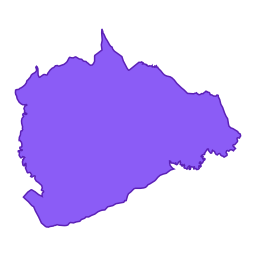 Phu Kradueng, Loei, Thailand (Natural Earth projection)
{"feature_id": "78962969B77049388444937", "entity_name": "Phu Kradueng", "entity_type": "district", "adm_level": 2, "iso_a3": "THA", "parent_name": "Thailand", "parent_adm1": "Loei", "projection": "natural_earth1", "projection_center": [101.891, 16.902], "detail": "fine", "context": "isolated", "style": "filled", "palette": "violet", "viewbox_px": 256, "rotation_deg": 0, "n_neighbors": 0, "source": "geoboundaries", "source_scale": "gbopen_adm2", "svg_char_len": 5740}
<svg xmlns="http://www.w3.org/2000/svg" viewBox="0 0 256 256"><path d="M217.4,154.9L218.4,153.8L219.6,153.5L220.4,154.3L220.7,155.1L222.0,156.0L222.9,156.1L223.8,157.0L224.2,157.1L227.0,155.4L227.1,154.0L226.2,153.0L226.0,152.5L226.7,150.7L227.4,150.5L228.8,151.2L230.0,150.0L231.0,149.7L231.9,149.9L233.5,150.8L234.3,149.5L235.5,148.6L234.1,146.9L233.8,147.0L232.9,145.8L232.9,145.4L233.3,144.8L234.0,144.6L234.4,144.8L234.9,144.5L237.4,141.7L237.6,140.8L237.0,138.9L237.3,137.9L237.8,137.7L239.4,138.1L239.8,137.5L240.0,136.7L240.5,136.3L240.6,135.5L240.2,134.0L238.7,133.1L238.1,132.5L237.8,131.6L232.9,128.6L230.7,127.8L229.0,126.1L228.5,124.3L227.6,118.7L226.1,116.4L224.6,113.1L222.6,107.4L220.8,104.2L219.7,99.6L218.3,96.8L218.2,95.4L217.1,95.0L216.7,95.2L215.9,96.2L213.5,96.0L211.8,94.9L210.3,94.7L209.8,93.3L209.2,92.5L207.7,92.1L207.3,92.2L207.1,91.6L206.0,91.2L205.7,91.3L204.8,92.3L204.2,92.6L203.0,93.7L201.5,93.6L200.3,94.5L199.2,94.7L198.5,94.6L197.8,93.9L197.4,93.9L196.5,92.8L195.9,93.2L195.1,93.2L193.6,93.8L187.5,93.4L184.0,89.9L181.3,87.7L176.8,83.4L174.3,80.1L172.0,77.9L170.1,76.8L166.6,76.0L164.5,75.0L163.0,73.6L160.7,70.7L158.1,68.2L157.9,67.4L157.5,67.2L157.0,67.3L156.7,66.5L156.6,66.8L156.3,66.4L156.2,66.7L155.4,67.0L155.4,66.5L155.0,66.8L154.9,66.4L155.1,66.2L154.8,66.0L154.1,67.0L153.6,66.8L152.8,67.0L152.3,66.9L152.4,66.6L152.2,65.8L152.0,66.2L151.6,65.9L149.5,66.0L149.2,65.8L148.8,66.2L148.4,66.3L146.8,65.4L146.8,64.7L146.4,64.6L146.2,64.8L145.9,64.4L145.6,64.5L145.2,64.2L143.8,63.8L142.7,63.9L143.2,62.9L142.3,62.3L141.5,62.0L141.4,62.4L138.9,62.3L129.4,70.0L128.5,70.2L127.1,68.3L123.3,61.0L121.9,56.6L114.4,51.2L112.7,49.1L112.1,47.1L110.8,46.4L109.6,44.9L107.2,40.6L105.6,38.1L103.9,34.2L103.0,33.1L102.8,31.5L101.9,28.9L101.7,33.0L102.2,40.4L101.3,44.8L102.0,50.0L94.8,55.4L94.6,56.2L94.6,61.3L93.4,63.7L92.1,65.0L90.6,65.3L89.2,64.4L87.9,63.1L87.0,62.6L86.0,61.5L83.4,61.1L81.7,59.3L79.3,59.0L75.8,56.9L75.1,57.0L73.2,57.9L71.1,57.7L69.8,57.3L69.1,57.9L67.2,61.5L66.2,62.6L64.1,64.3L59.1,66.1L58.2,66.0L57.3,65.5L55.4,65.8L53.7,67.6L52.3,68.1L50.2,70.0L47.6,73.6L47.5,74.5L47.2,74.8L46.4,75.0L44.8,74.5L43.5,74.6L39.7,77.3L39.0,77.0L38.1,74.8L37.9,68.8L37.2,67.0L36.5,66.3L35.8,67.2L36.6,69.9L36.5,70.5L36.0,71.5L34.9,72.6L32.5,74.0L31.4,75.0L30.0,77.7L29.2,78.3L28.4,79.5L27.1,80.5L26.7,81.3L26.4,82.8L24.9,84.9L23.2,86.4L21.2,87.8L20.1,88.2L18.7,89.4L16.6,89.6L15.6,90.1L15.4,92.6L15.7,94.4L16.5,95.8L17.2,98.8L19.2,102.2L20.9,103.7L22.6,104.7L25.3,104.8L26.3,104.5L26.6,104.6L26.8,105.1L26.7,105.3L25.7,105.5L24.8,106.3L23.9,108.6L24.7,110.7L24.5,111.9L25.7,113.1L26.7,113.5L26.7,114.1L26.3,114.4L25.2,114.4L24.8,114.1L24.5,113.5L24.1,113.3L23.1,113.8L22.7,114.9L23.6,116.4L22.0,118.5L21.5,120.9L21.7,123.4L22.6,126.7L22.4,128.5L22.7,129.5L22.0,130.8L21.2,130.8L20.7,131.8L20.4,135.0L19.3,137.3L19.4,138.3L19.1,139.0L19.1,140.2L19.2,140.6L20.2,140.5L20.5,141.2L21.3,142.1L21.7,143.2L21.9,144.6L21.8,146.7L21.3,147.0L20.1,147.1L19.8,147.7L19.8,148.1L20.3,149.3L22.0,149.7L22.3,150.0L22.1,150.4L21.7,150.6L20.6,150.4L19.7,150.8L18.6,150.7L18.2,151.0L18.3,151.8L19.1,151.9L19.5,152.5L19.1,155.2L19.6,156.2L20.7,157.8L21.8,157.7L22.6,156.6L24.2,157.0L24.7,157.4L23.8,158.2L23.7,159.0L23.4,159.6L23.1,159.6L22.7,159.1L22.9,160.2L22.4,161.8L22.9,165.0L23.6,165.7L24.4,165.8L24.7,164.3L25.5,163.4L25.9,163.5L26.0,166.8L25.4,167.9L27.3,172.5L27.7,172.8L29.9,172.4L30.3,172.7L31.7,175.0L31.5,175.3L30.9,175.8L30.6,176.4L31.6,177.0L32.1,177.0L34.1,175.8L35.1,176.1L35.2,176.5L34.9,177.5L34.9,178.8L36.2,181.0L38.4,182.5L41.7,185.5L42.3,188.0L41.4,190.0L42.2,190.7L43.2,190.8L43.6,191.4L43.5,192.1L42.6,192.8L42.2,193.5L42.0,195.6L42.2,196.4L38.7,194.7L35.1,191.8L33.4,190.8L31.7,189.8L31.1,189.8L27.8,192.1L23.4,197.1L25.1,198.8L28.4,201.7L31.0,204.7L32.2,205.9L33.6,206.6L35.5,211.1L38.6,216.8L41.4,222.9L45.4,226.4L46.4,226.9L48.7,227.1L49.5,226.6L53.3,226.0L54.2,225.5L55.7,225.3L57.0,224.6L59.1,225.2L64.3,225.6L66.1,225.5L67.8,225.0L69.2,223.3L70.4,222.5L73.5,222.9L76.3,221.9L79.8,221.3L81.4,219.5L84.6,218.3L86.0,216.9L88.7,216.9L91.5,215.4L94.8,214.1L97.9,211.8L100.1,210.8L102.0,210.2L104.9,209.9L107.7,206.8L112.8,205.6L115.9,203.7L123.6,202.3L124.2,201.7L124.7,200.6L125.8,200.8L126.2,200.5L127.6,195.5L128.5,193.7L130.6,192.1L133.9,188.8L135.3,188.3L140.4,188.3L143.7,187.9L145.6,187.3L146.9,186.1L148.1,184.6L149.8,183.9L154.6,180.9L155.7,179.9L157.8,177.3L160.1,175.3L163.4,174.0L166.2,173.3L170.6,170.0L173.9,169.0L172.5,168.2L170.2,165.5L169.7,163.6L169.6,161.0L170.5,161.3L171.3,163.0L173.7,163.2L174.5,163.7L175.7,163.0L175.9,163.4L175.8,164.3L176.8,164.7L177.7,163.9L178.6,162.1L179.2,162.0L179.8,161.2L180.2,161.1L180.6,162.7L180.1,164.1L180.2,164.4L180.9,164.8L182.1,164.5L182.2,164.8L181.8,165.8L182.1,166.1L182.8,165.8L184.1,164.6L184.6,165.4L184.0,167.1L184.1,167.6L184.4,168.1L186.2,168.4L186.8,169.1L187.4,168.9L188.0,167.0L189.2,165.9L189.7,165.9L190.0,166.6L189.1,168.8L189.4,169.4L190.3,169.3L190.8,167.4L191.4,166.7L193.2,167.2L194.4,166.9L194.5,167.2L193.7,168.4L193.8,168.9L196.0,168.5L196.5,169.5L198.0,169.4L199.2,168.5L198.8,167.2L198.9,165.9L199.7,165.8L199.9,166.8L200.3,167.0L201.1,166.2L200.6,164.1L199.3,163.2L199.5,162.4L200.1,161.9L200.5,161.9L200.8,162.2L200.8,163.5L201.6,163.5L202.6,162.7L203.6,160.7L204.7,159.9L205.0,159.2L204.9,158.7L204.1,158.4L203.5,159.2L203.1,159.2L202.5,158.2L203.1,156.6L202.7,156.4L201.5,156.9L201.1,156.6L201.3,155.9L202.4,154.9L204.4,154.5L204.7,154.0L204.4,153.8L204.3,153.3L204.9,152.8L207.3,149.1L208.0,148.9L208.4,149.1L208.4,150.4L210.6,153.1L211.3,153.1L211.7,152.9L212.2,151.3L212.3,150.4L212.5,150.2L213.5,151.0L214.5,151.5L215.2,153.2L216.2,154.5L217.4,154.9Z" fill="#8b5cf6" stroke="#5b21b6" stroke-width="1.5"/></svg>